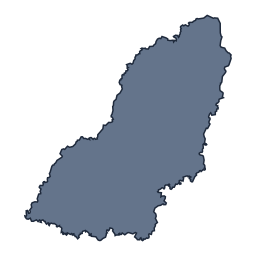 Caracol, Mato Grosso do Sul, Brazil
{"feature_id": "56859067B79798079212629", "entity_name": "Caracol", "entity_type": "district", "adm_level": 2, "iso_a3": "BRA", "parent_name": "Brazil", "parent_adm1": "Mato Grosso do Sul", "projection": "natural_earth1", "projection_center": [-57.105, -21.905], "detail": "fine", "context": "isolated", "style": "filled", "palette": "slate", "viewbox_px": 256, "rotation_deg": 0, "n_neighbors": 0, "source": "geoboundaries", "source_scale": "gbopen_adm2", "svg_char_len": 5840}
<svg xmlns="http://www.w3.org/2000/svg" viewBox="0 0 256 256"><path d="M179.1,183.1L179.3,180.6L180.3,180.3L181.1,181.0L182.0,180.5L183.0,181.1L183.6,178.6L183.1,177.2L186.5,176.0L187.7,176.0L188.2,176.9L189.2,176.1L190.8,177.0L189.8,177.5L189.3,178.6L190.7,179.4L190.4,180.8L191.5,181.8L192.5,181.8L194.8,176.7L196.6,175.0L196.0,173.9L196.9,172.9L198.8,172.2L199.6,170.7L200.5,170.6L201.1,171.5L203.2,169.6L204.2,170.1L205.2,169.6L205.2,168.4L204.3,168.1L204.9,167.3L204.7,165.3L203.5,163.9L204.1,160.1L203.3,156.1L202.3,155.4L200.3,155.0L199.4,154.4L199.2,153.3L200.6,152.3L202.0,152.4L202.5,151.6L202.4,149.2L203.3,148.2L203.0,144.5L203.7,143.8L204.7,144.8L206.0,145.1L206.7,144.6L206.2,143.8L205.3,143.6L204.6,142.4L205.2,138.9L204.1,136.5L203.6,134.0L206.3,128.2L207.6,128.5L210.0,124.0L209.1,123.1L208.9,121.8L210.1,119.1L209.9,118.0L208.8,117.7L208.6,116.7L209.6,114.0L210.7,112.8L211.8,115.2L215.3,114.6L215.3,111.9L216.7,111.0L216.6,109.8L217.0,108.9L218.0,108.9L218.2,107.8L217.7,107.0L217.7,105.6L216.8,105.7L215.9,104.9L216.5,103.4L217.6,103.1L219.0,101.5L218.9,100.0L219.3,99.1L223.4,97.7L222.4,96.9L223.1,93.6L222.9,92.6L220.2,90.7L219.8,89.4L219.8,85.6L220.6,84.4L220.5,83.2L221.4,82.9L221.8,82.0L222.4,76.5L225.5,72.5L225.9,71.4L225.5,70.3L224.7,69.8L224.4,68.2L224.9,67.0L228.3,65.8L229.0,64.7L231.1,58.5L230.6,56.0L231.1,55.0L229.2,53.0L228.1,52.8L226.1,50.8L224.7,48.1L221.1,47.2L220.1,45.6L220.8,40.5L222.0,36.9L221.1,36.0L220.3,32.9L220.2,23.4L217.7,18.2L214.4,17.9L213.4,18.3L207.2,15.4L203.7,18.1L198.2,18.9L197.1,18.5L196.0,19.0L195.6,20.3L193.4,21.3L192.5,22.3L189.2,22.4L188.5,23.1L189.3,24.1L188.9,25.4L188.0,26.2L185.3,24.8L183.8,25.8L182.7,25.0L180.6,26.5L180.5,27.5L181.2,28.6L180.6,29.4L180.9,31.5L180.2,32.3L180.2,33.8L179.4,35.0L179.3,36.4L178.5,37.4L177.6,35.5L175.6,35.2L173.5,36.4L174.1,37.3L175.7,37.9L176.4,39.2L176.3,40.8L174.8,40.3L173.6,42.0L173.1,40.2L170.2,40.6L167.8,40.2L167.7,38.9L165.9,37.8L162.0,36.5L160.8,38.6L159.2,38.2L157.5,39.1L156.1,41.4L155.6,43.7L154.0,44.9L153.0,46.3L149.6,46.5L148.3,49.0L145.9,48.9L145.2,48.1L144.1,48.5L141.9,48.1L141.1,48.6L142.2,49.2L141.8,50.1L140.2,50.9L139.6,51.8L139.8,53.7L138.6,53.8L137.8,54.8L135.9,55.0L135.8,56.1L135.0,57.3L135.1,58.9L133.7,60.6L132.9,63.5L131.9,64.2L130.2,63.3L126.6,64.6L127.2,65.4L127.2,67.3L128.1,67.5L127.2,68.3L128.0,69.7L127.2,70.8L126.0,70.8L125.5,73.1L124.4,73.1L123.8,74.9L123.0,74.5L122.0,75.2L122.0,78.5L121.0,78.8L120.9,79.8L119.8,80.1L119.2,82.5L120.1,84.6L121.9,85.3L121.6,86.6L122.3,88.9L120.0,93.0L117.0,95.3L116.1,99.3L114.1,101.0L113.6,102.1L113.4,105.6L112.7,106.4L113.0,110.4L112.0,114.3L111.2,115.4L111.2,116.8L112.2,117.2L113.3,119.3L112.1,119.9L112.6,121.2L112.0,122.0L110.6,122.5L108.7,122.4L105.7,125.4L103.4,125.1L102.9,128.8L97.8,134.7L97.7,136.9L97.0,137.8L97.3,138.9L95.5,139.3L94.7,138.3L93.9,138.5L93.1,139.4L91.3,137.6L90.3,137.6L89.2,138.1L89.5,139.4L88.6,138.8L87.5,139.3L85.5,138.4L83.7,138.5L82.5,136.8L81.2,136.8L79.4,140.0L77.4,140.2L77.1,141.4L76.2,141.8L75.5,143.9L72.8,146.5L69.6,147.3L67.5,146.2L64.7,149.4L63.6,148.9L61.8,149.5L60.0,153.7L62.3,156.2L61.9,157.2L57.0,160.4L55.6,163.0L54.5,163.7L53.9,165.0L52.6,165.2L51.8,166.5L50.1,172.4L49.4,173.5L50.2,176.4L48.8,177.6L47.6,177.7L47.3,179.1L47.6,181.4L46.9,182.1L44.9,182.5L44.6,181.6L43.6,181.8L42.9,182.9L43.3,184.0L42.8,185.5L40.2,185.4L39.4,186.6L39.3,187.5L41.0,189.0L40.1,191.4L40.7,192.6L40.7,193.7L38.7,194.1L37.2,198.8L37.9,200.8L37.4,202.0L34.9,201.8L32.1,202.8L31.2,204.7L31.7,207.4L29.7,210.1L30.3,211.5L30.1,212.5L29.6,213.2L28.5,213.3L28.0,210.8L27.3,210.4L26.1,211.0L26.6,211.8L26.2,212.7L26.6,215.2L26.0,216.3L24.9,215.9L25.1,216.9L26.5,218.8L28.2,219.2L30.3,218.2L31.5,221.2L33.3,221.3L36.5,219.9L38.1,221.6L39.4,220.0L40.4,220.8L42.9,219.9L44.3,221.4L45.2,221.5L45.3,222.5L46.5,224.1L48.1,222.8L49.2,223.4L48.5,224.6L49.2,225.5L50.1,223.7L51.1,223.1L53.2,223.8L54.0,223.4L55.8,224.5L56.8,225.3L56.5,226.5L57.1,226.9L59.5,225.6L59.5,226.5L60.8,227.1L61.8,228.2L61.2,232.5L62.6,232.0L63.4,232.8L62.7,233.4L63.0,234.3L63.9,234.3L64.5,233.4L65.9,233.4L65.7,234.4L66.5,235.1L67.2,234.3L67.4,232.9L70.4,234.4L71.6,233.6L72.2,234.8L72.7,234.0L73.7,233.8L73.4,235.0L74.7,235.2L75.1,236.5L76.1,236.7L77.7,238.8L79.2,237.2L78.6,236.2L79.2,235.0L80.2,234.5L80.4,233.4L81.3,233.7L82.2,233.4L82.1,232.3L82.7,231.3L85.3,230.5L85.6,231.8L86.6,231.1L88.5,232.7L89.3,233.9L89.1,235.2L90.0,235.5L90.2,234.3L91.1,233.9L91.1,235.3L91.5,236.3L95.9,236.8L98.0,239.9L99.3,240.5L100.7,240.4L103.0,238.4L105.5,237.2L106.3,234.7L106.3,233.3L107.3,232.9L106.6,231.7L106.7,230.2L107.7,230.0L108.4,230.8L109.3,229.9L110.0,227.9L112.2,228.5L113.1,229.6L112.6,230.9L114.9,234.1L115.1,235.6L116.4,235.0L118.9,235.0L118.7,233.8L119.7,233.3L120.1,234.5L121.4,234.4L122.2,233.0L124.8,234.8L127.6,232.7L128.9,232.6L132.8,233.9L135.3,232.5L136.5,233.1L134.6,236.9L136.6,238.5L137.4,239.7L139.7,239.8L140.1,238.3L140.9,237.8L141.7,240.0L142.6,240.6L143.5,239.9L143.4,239.0L145.1,239.2L146.5,238.0L147.6,238.3L148.8,237.8L149.1,236.8L148.7,234.6L149.2,233.8L151.4,234.4L151.9,231.9L152.5,231.1L154.4,230.7L154.2,228.0L155.4,225.8L155.2,224.4L157.4,222.5L155.4,218.4L156.2,216.2L155.8,214.0L153.7,211.7L154.9,208.1L158.3,205.7L160.7,205.3L162.5,204.1L163.3,204.0L163.8,204.7L165.7,204.6L166.3,203.0L164.0,200.9L165.2,198.4L165.4,196.7L164.2,195.9L162.0,196.1L160.9,196.8L161.4,192.7L158.2,192.4L157.6,191.7L158.5,190.9L158.5,189.8L160.3,189.2L162.0,187.8L163.0,187.9L164.0,188.9L164.7,188.0L164.8,185.9L165.5,185.1L167.5,185.0L169.1,184.1L169.7,184.9L168.6,185.9L170.1,187.1L169.9,188.2L170.3,189.0L171.1,189.3L172.1,188.5L172.5,187.3L174.3,187.2L175.7,184.1L177.0,184.4L179.1,183.1ZM179.1,183.1L179.9,184.3L181.0,183.8L180.7,182.9L179.1,183.1ZM40.4,220.8L40.1,222.1L41.3,222.4L41.0,221.5L40.4,220.8Z" fill="#64748b" stroke="#1e293b" stroke-width="1.5"/></svg>